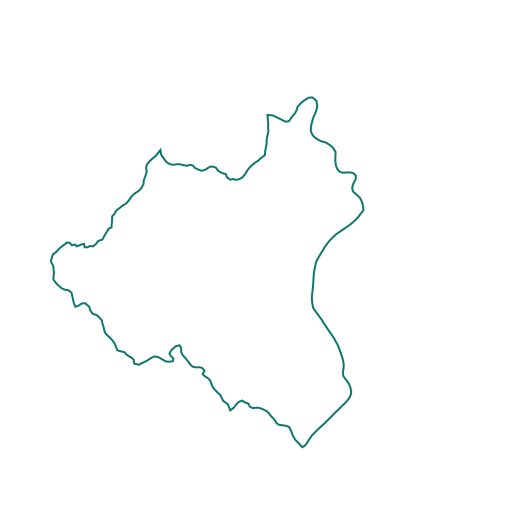 Campos Gerais, Minas Gerais, Brazil, rotated 218°
{"feature_id": "56859067B26263873821946", "entity_name": "Campos Gerais", "entity_type": "district", "adm_level": 2, "iso_a3": "BRA", "parent_name": "Brazil", "parent_adm1": "Minas Gerais", "projection": "robinson", "projection_center": [-45.751, -21.29], "detail": "fine", "context": "isolated", "style": "outline", "palette": "teal", "viewbox_px": 512, "rotation_deg": 218, "n_neighbors": 0, "source": "geoboundaries", "source_scale": "gbopen_adm2", "svg_char_len": 4270}
<svg xmlns="http://www.w3.org/2000/svg" viewBox="0 0 512 512"><g transform="rotate(218 256 256)"><path d="M199.5,358.1L201.3,360.3L204.0,362.6L207.0,364.5L210.1,365.9L213.2,366.2L218.9,366.5L221.3,367.9L223.1,370.7L224.0,373.6L224.6,377.6L226.8,380.7L230.0,381.2L232.9,380.1L235.1,378.4L237.2,376.5L239.3,374.8L242.1,373.9L245.0,374.4L248.6,376.4L251.9,379.6L255.3,384.1L257.2,386.9L260.5,388.2L263.3,388.9L268.4,388.7L271.6,388.2L275.3,386.5L279.9,385.7L283.8,385.7L286.8,386.5L289.7,388.2L291.9,391.1L293.7,394.6L294.9,397.4L296.4,401.3L297.2,405.4L298.2,408.1L300.1,412.0L303.6,415.2L306.5,415.8L309.6,415.5L312.1,412.8L313.9,408.0L314.7,404.3L315.1,399.2L313.9,396.4L313.2,392.8L313.3,388.7L313.2,385.7L313.1,382.6L314.9,380.3L317.3,379.6L320.7,379.0L323.5,378.4L325.9,377.9L329.5,377.0L333.8,374.2L330.7,370.8L327.9,367.9L325.9,365.1L323.1,362.0L321.1,357.9L318.9,353.8L316.7,350.9L315.1,347.7L313.4,344.5L311.1,340.9L312.3,336.4L313.0,332.4L314.4,328.3L315.3,323.6L315.6,319.0L315.0,314.4L315.1,309.5L316.7,305.8L318.9,303.6L321.4,302.6L323.2,300.3L327.1,300.2L330.4,301.9L333.8,300.5L337.8,299.8L341.9,300.9L345.0,299.9L347.4,297.9L348.3,295.0L349.4,292.2L351.6,289.5L355.1,288.5L358.6,287.7L361.1,288.4L363.9,287.4L366.0,284.6L370.0,282.5L372.9,281.3L375.4,279.0L377.7,276.7L380.5,275.3L384.7,274.9L388.5,276.0L391.3,276.8L393.6,277.8L396.6,280.7L396.6,276.6L396.6,273.4L397.3,270.2L398.1,266.1L398.2,260.6L396.6,257.5L394.2,255.4L392.3,250.9L391.1,246.7L389.0,243.5L388.2,239.4L388.3,236.1L389.1,233.3L390.1,230.6L390.6,227.6L390.7,224.7L390.4,221.0L390.7,217.4L392.2,213.3L393.1,209.6L394.1,205.9L393.5,201.6L393.8,198.7L390.8,194.8L389.1,191.9L387.5,189.6L388.9,187.0L388.4,183.1L387.9,178.8L387.2,174.3L389.6,170.8L389.5,166.9L390.4,163.2L393.0,161.6L394.2,159.1L396.4,157.4L398.9,159.7L401.0,157.2L403.0,153.3L405.7,153.6L407.7,151.1L410.7,151.7L413.2,150.4L414.4,145.5L415.6,140.9L416.0,135.8L417.0,132.2L415.7,128.7L414.4,125.5L411.5,124.2L409.0,122.7L406.8,120.4L404.6,118.0L402.9,115.2L401.2,112.7L398.3,111.9L395.3,111.3L392.6,111.1L388.8,111.0L385.8,111.8L382.9,113.5L378.8,113.5L375.7,111.0L373.3,109.0L370.5,106.7L367.1,104.8L365.2,107.8L364.2,111.0L361.8,113.5L356.3,113.4L353.0,111.0L349.0,109.9L345.5,111.3L341.0,111.0L337.9,110.4L335.8,108.5L332.5,106.3L329.8,103.9L327.2,102.5L324.4,101.9L320.8,101.8L318.3,101.3L315.5,100.7L312.8,99.6L310.4,98.2L307.2,96.3L303.4,97.9L300.2,99.3L297.5,98.6L293.9,98.8L291.2,99.3L288.6,98.9L285.5,96.2L281.3,98.3L279.4,102.4L277.3,106.7L275.8,111.4L273.9,114.6L270.9,116.1L266.7,116.8L262.4,117.3L258.8,119.6L256.7,122.1L258.1,124.4L261.6,124.7L264.2,125.9L264.7,129.9L263.8,135.2L261.3,138.5L258.1,137.3L256.0,134.4L253.2,133.0L250.8,132.4L248.2,132.0L245.5,131.3L242.4,130.5L239.8,129.9L237.2,129.9L234.4,131.5L232.0,133.6L229.6,134.6L226.2,134.1L225.3,130.1L222.5,129.7L219.1,130.1L215.7,129.7L212.8,128.1L210.1,126.4L206.6,125.3L202.4,124.8L198.6,124.5L195.4,123.0L192.4,121.6L189.9,121.8L187.0,121.8L184.2,120.3L181.3,118.5L180.1,122.7L180.2,126.1L179.8,130.4L177.8,133.6L174.4,133.8L171.1,135.0L168.2,133.5L165.1,134.0L163.1,135.9L160.6,138.0L157.6,139.1L155.0,139.7L152.0,140.3L148.9,140.0L145.8,139.1L142.6,138.7L139.5,138.0L136.9,136.9L134.2,137.0L131.1,138.8L127.9,140.6L124.9,141.6L121.9,140.4L119.6,139.2L116.5,137.2L111.8,135.3L107.9,134.9L104.8,134.4L101.8,133.8L100.6,137.0L100.8,140.9L101.2,144.8L101.5,148.7L100.9,153.7L100.1,159.7L99.3,164.3L98.8,167.2L98.5,170.2L97.9,174.6L97.4,179.1L97.0,182.5L96.3,187.0L95.9,190.9L95.2,195.0L95.0,198.1L95.3,202.5L96.2,205.9L97.9,208.2L100.7,210.5L103.8,212.4L106.7,213.3L110.2,214.2L113.4,215.2L115.9,217.8L117.7,221.1L120.0,224.4L123.0,227.2L126.4,229.8L130.4,232.3L133.8,234.4L136.9,236.3L140.1,237.5L143.0,238.9L145.8,239.8L148.6,240.8L152.1,241.8L155.3,242.8L157.7,243.7L161.6,244.9L165.3,246.4L168.3,247.1L171.5,248.1L174.7,248.9L179.0,250.3L182.6,253.4L185.3,256.3L187.3,258.8L188.7,261.3L190.2,263.7L191.8,266.1L193.7,269.2L196.2,272.7L197.9,275.2L199.7,278.0L201.6,281.3L203.2,284.6L204.8,287.9L205.8,292.7L206.4,297.6L206.8,301.6L207.4,306.2L207.5,312.5L207.2,315.8L206.8,318.8L206.1,322.9L204.4,328.3L203.0,332.8L201.7,336.8L200.8,340.3L200.1,343.9L199.4,349.1L199.5,354.5L199.5,358.1Z" fill="none" stroke="#0f766e" stroke-width="2"/></g></svg>